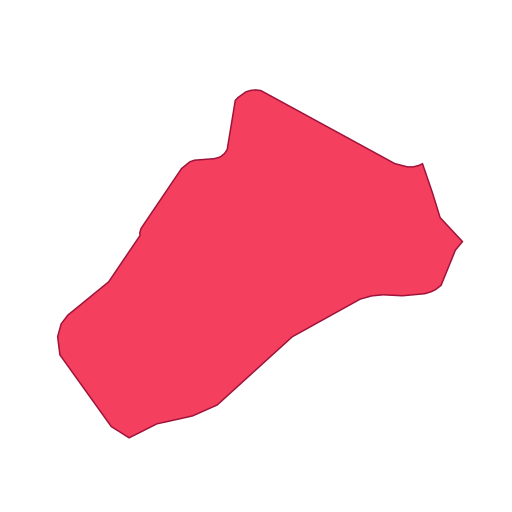 an SVG outline of Islington, rotated 263°
{"feature_id": "GBR-2071", "entity_name": "Islington", "entity_type": "London Borough", "adm_level": 1, "iso_a3": "GBR", "parent_name": "United Kingdom", "parent_adm1": "", "projection": "albers", "projection_center": [-0.097, 51.547], "detail": "fine", "context": "isolated", "style": "filled", "palette": "rose", "viewbox_px": 512, "rotation_deg": 263, "n_neighbors": 0, "source": "natural_earth", "source_scale": "10m", "svg_char_len": 717}
<svg xmlns="http://www.w3.org/2000/svg" viewBox="0 0 512 512"><g transform="rotate(263 256 256)"><path d="M245.1,462.7L237.5,454.6L204.3,436.1L200.8,430.2L199.2,425.7L198.0,419.0L198.7,396.4L202.0,377.5L202.3,365.8L200.5,354.1L171.4,282.1L112.9,199.4L105.0,173.5L101.5,137.2L91.0,107.9L104.3,91.6L181.8,49.3L200.1,49.3L212.3,54.3L220.3,62.1L248.3,106.6L290.6,143.5L293.3,143.5L297.4,145.3L351.8,192.7L357.5,201.7L358.6,206.6L357.7,226.0L358.1,229.6L358.9,233.0L361.6,237.3L365.2,240.4L413.0,254.4L415.6,257.6L420.2,266.1L421.0,270.9L420.9,276.0L419.6,281.0L330.8,405.0L326.0,417.2L325.3,423.0L326.0,428.4L327.3,432.5L296.9,438.9L271.7,443.4L245.1,462.7Z" fill="#f43f5e" stroke="#9f1239" stroke-width="1.5"/></g></svg>